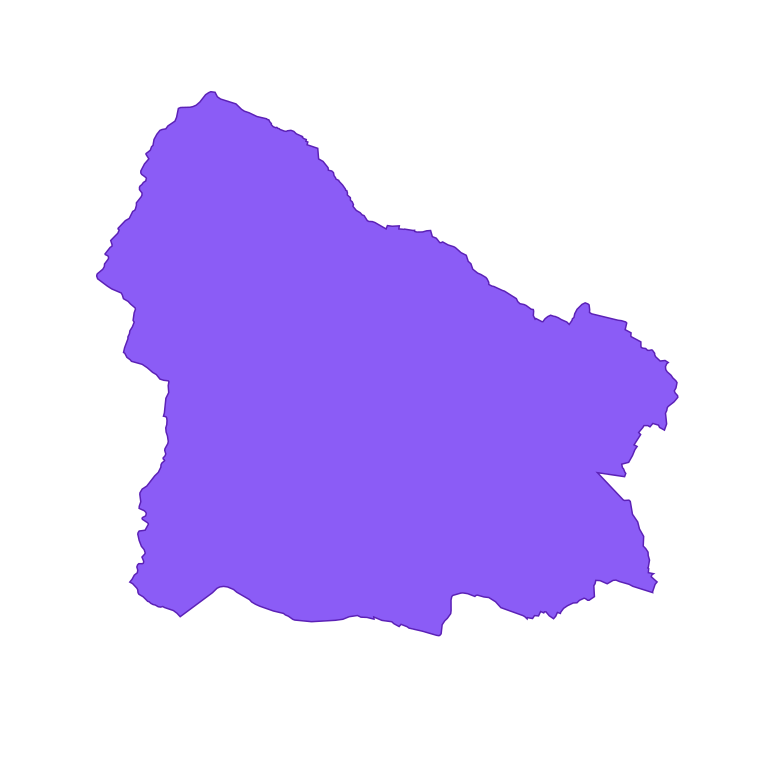 Huai Krachao, Kanchanaburi, Thailand, rotated 9°
{"feature_id": "78962969B62176303506546", "entity_name": "Huai Krachao", "entity_type": "district", "adm_level": 2, "iso_a3": "THA", "parent_name": "Thailand", "parent_adm1": "Kanchanaburi", "projection": "orthographic", "projection_center": [99.704, 14.351], "detail": "fine", "context": "isolated", "style": "filled", "palette": "violet", "viewbox_px": 768, "rotation_deg": 9, "n_neighbors": 0, "source": "geoboundaries", "source_scale": "gbopen_adm2", "svg_char_len": 6146}
<svg xmlns="http://www.w3.org/2000/svg" viewBox="0 0 768 768"><g transform="rotate(9 384 384)"><path d="M163.9,619.4L166.9,620.5L171.8,624.3L172.9,625.7L173.7,628.6L174.8,630.0L179.5,631.9L184.6,635.6L186.2,635.9L188.0,637.1L190.3,637.9L192.7,638.1L195.8,639.3L198.2,639.3L200.3,638.4L202.2,639.1L211.4,640.7L215.4,642.8L219.1,645.7L247.2,617.0L251.0,611.9L253.6,610.1L257.2,609.0L261.2,608.9L267.6,610.5L271.2,612.7L284.9,618.0L287.4,620.0L291.4,621.6L296.1,622.9L310.3,625.5L320.6,626.3L322.7,627.5L325.9,628.3L330.7,630.7L332.8,631.1L349.6,630.1L372.9,625.0L380.2,622.8L386.0,619.3L394.0,616.8L397.7,617.9L403.7,617.2L410.9,617.8L410.3,615.7L418.9,617.8L428.8,617.6L431.3,619.2L436.9,621.2L438.4,618.7L444.8,620.1L446.9,621.2L460.2,622.1L475.3,624.0L477.5,624.0L478.4,623.6L479.5,621.8L479.1,612.7L481.1,608.3L483.2,605.6L485.8,600.4L485.7,597.3L484.0,586.9L484.2,583.3L485.1,582.0L492.6,578.5L494.6,578.0L499.5,578.0L507.0,579.6L507.8,578.5L509.2,577.9L516.0,578.7L520.9,578.5L528.2,581.6L534.4,586.6L557.5,591.0L559.5,591.8L562.1,593.6L562.1,592.3L567.4,592.4L568.9,589.2L572.9,588.9L574.3,584.2L577.6,585.1L578.1,583.9L579.6,583.7L583.5,587.1L588.2,589.3L589.9,586.6L591.0,582.5L594.1,583.0L594.3,581.6L596.5,577.5L600.0,574.2L605.1,570.7L608.8,569.9L610.9,567.1L615.1,564.3L616.5,564.5L619.0,565.7L620.4,565.5L625.1,561.1L622.8,550.4L623.7,548.2L623.9,544.8L628.2,544.4L635.7,546.4L641.0,542.1L643.8,541.4L647.6,542.3L657.4,543.5L661.4,544.9L682.0,548.0L681.8,547.2L683.1,539.5L684.7,536.8L678.1,532.6L678.4,530.6L679.9,529.2L674.6,529.0L674.3,524.9L673.3,524.4L673.7,523.5L673.8,516.4L671.8,512.1L671.1,508.8L668.3,505.7L665.4,503.5L664.3,493.9L659.0,487.2L656.2,480.6L649.8,473.8L645.6,461.4L644.1,460.4L639.7,461.4L638.5,461.1L608.7,438.2L636.1,437.9L636.8,434.5L635.6,433.3L633.9,430.4L632.6,429.3L631.3,426.0L637.9,423.1L640.6,415.9L642.1,409.6L643.8,406.1L640.5,405.0L645.4,393.8L643.1,392.1L646.4,386.6L647.3,384.4L651.1,383.8L653.4,384.7L655.7,380.9L661.5,381.7L663.0,383.8L668.2,385.7L669.4,379.2L666.6,368.8L667.4,366.0L667.5,363.0L668.2,361.7L673.3,356.2L676.3,351.2L675.8,349.6L672.9,347.2L671.8,345.4L673.0,342.2L673.2,336.8L671.7,335.1L668.2,332.7L666.2,330.5L661.7,327.6L660.0,325.6L659.3,322.8L660.1,319.7L661.4,318.3L657.9,316.8L653.2,318.1L647.9,314.5L646.8,312.8L646.5,311.3L643.8,308.6L642.8,308.5L640.8,309.3L639.0,309.5L636.9,308.0L633.8,308.1L632.4,307.6L631.9,306.7L631.1,302.2L620.8,298.6L620.3,298.0L620.0,294.8L613.7,292.6L614.2,285.8L613.0,284.9L608.6,284.3L605.1,284.4L578.1,282.2L575.8,281.2L575.5,278.4L574.2,273.8L572.9,273.0L570.0,272.4L567.1,274.4L563.0,280.0L561.4,284.7L561.2,288.6L559.9,290.1L559.7,291.8L557.6,296.2L554.9,294.2L548.9,292.6L545.8,291.3L542.3,290.5L541.3,290.6L537.8,290.0L535.2,291.8L532.9,294.3L531.2,297.6L530.2,297.7L523.6,295.5L523.1,296.3L520.8,293.1L520.4,288.6L519.8,287.1L517.7,287.1L512.1,284.2L509.9,283.6L505.7,283.4L503.2,281.7L501.4,279.0L488.4,273.4L486.4,273.1L477.3,270.5L475.3,270.4L472.0,269.3L471.5,267.1L469.3,264.0L467.9,262.8L462.7,260.7L459.1,259.8L453.7,256.7L451.0,251.6L448.0,249.7L445.1,244.0L439.5,242.2L433.3,238.2L431.5,237.5L425.5,236.6L419.7,234.5L418.2,235.5L416.9,235.6L412.8,231.8L408.7,230.9L406.0,225.1L402.2,226.0L398.3,227.8L392.7,228.8L390.4,228.5L390.2,227.4L388.7,227.8L380.0,227.8L379.7,228.1L374.4,228.5L374.4,225.4L367.4,226.9L362.6,227.0L361.8,230.5L349.7,225.9L347.0,225.4L343.6,225.8L341.9,225.2L338.0,220.8L336.0,220.4L333.6,218.5L329.5,216.9L326.0,213.8L325.5,213.2L325.8,211.7L324.1,209.0L322.2,207.9L321.6,205.2L318.2,203.0L318.0,201.0L317.0,198.8L315.9,198.7L315.2,197.3L311.9,193.9L307.9,190.8L307.5,190.0L304.5,189.1L303.8,187.8L302.1,186.1L301.0,183.1L299.1,181.8L295.6,181.5L294.9,179.1L289.0,173.7L284.2,171.9L281.7,161.6L270.6,159.7L270.9,156.9L268.9,156.5L269.0,154.7L266.5,154.2L264.7,153.1L264.8,152.4L258.2,150.6L255.4,148.6L252.4,148.0L249.0,149.0L247.9,149.8L245.9,149.8L241.3,148.8L240.5,148.2L239.1,148.1L238.0,147.3L236.9,147.8L234.3,147.2L232.1,145.5L232.0,144.4L230.1,142.8L228.9,141.1L227.3,141.0L226.6,140.4L216.7,139.7L208.3,137.2L203.5,136.4L200.3,135.0L194.0,130.5L178.0,128.1L174.5,126.4L171.5,122.3L167.2,122.4L165.2,123.7L162.5,126.2L158.0,134.3L154.9,138.0L151.9,139.9L149.1,141.0L139.9,142.7L137.8,144.0L137.4,153.0L136.4,157.1L130.2,162.9L128.6,166.1L124.9,167.4L123.0,168.6L120.6,172.8L118.6,178.4L118.5,184.5L117.3,186.0L116.6,189.7L112.9,193.6L113.0,194.4L116.5,198.4L113.0,204.1L110.5,211.6L110.8,213.6L111.9,214.9L116.5,217.3L117.1,218.0L116.9,220.7L114.8,222.6L113.6,225.0L112.1,226.6L111.7,227.9L112.1,230.3L115.1,233.2L115.4,235.4L114.8,237.2L111.1,243.8L111.5,246.2L111.1,250.0L110.6,251.4L108.8,252.9L106.5,260.3L103.0,263.1L97.0,271.8L97.1,272.5L97.9,272.9L98.3,273.5L97.5,276.7L91.6,285.0L93.7,289.1L93.7,290.5L92.1,292.0L88.1,299.2L88.5,299.8L90.9,300.5L91.8,301.2L92.2,302.6L92.0,303.9L89.2,309.1L89.4,311.8L88.3,314.6L83.6,320.0L83.3,321.4L83.4,322.5L84.7,324.9L95.3,330.5L100.2,332.7L110.2,335.2L111.6,337.0L113.3,340.5L118.3,342.4L121.2,344.7L126.3,347.8L126.8,349.0L126.1,352.8L126.2,360.4L127.6,362.0L126.5,367.0L124.7,371.2L124.7,374.2L123.7,377.5L124.0,379.4L122.1,388.8L121.8,393.6L123.1,394.1L125.9,397.9L129.6,399.8L131.0,401.1L142.1,402.4L147.7,405.0L153.6,408.7L157.7,410.3L161.9,414.2L165.9,414.8L170.4,414.6L171.2,415.4L171.1,419.3L172.7,426.2L170.8,432.2L171.6,446.9L171.2,450.3L173.6,450.4L174.7,451.5L175.4,454.1L175.8,458.1L175.3,461.5L176.3,465.5L178.2,469.1L179.9,474.4L179.8,476.7L177.8,482.1L177.8,483.9L179.4,487.2L179.0,489.1L177.4,491.6L177.6,492.5L178.8,493.2L179.3,494.0L176.9,496.9L176.4,498.7L176.6,501.1L174.9,506.6L171.9,510.6L165.7,521.9L161.6,525.6L160.0,529.6L160.1,531.2L162.2,538.4L161.4,543.1L161.6,545.2L167.2,546.7L168.9,548.1L169.5,549.4L169.2,551.6L166.3,553.7L166.1,554.7L166.6,555.5L171.9,557.9L173.0,558.7L173.2,559.4L170.9,565.8L165.2,567.5L164.4,569.2L164.3,570.8L166.6,576.7L169.8,582.3L173.0,585.1L174.6,588.3L174.2,589.5L172.0,592.8L174.4,596.7L174.4,598.2L174.1,598.9L173.3,599.3L169.9,599.8L168.9,601.2L168.5,603.4L169.9,606.3L169.9,609.0L167.3,611.8L165.7,616.3L163.9,619.4Z" fill="#8b5cf6" stroke="#5b21b6" stroke-width="1.5"/></g></svg>